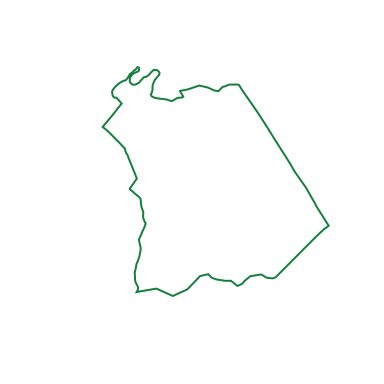 Al-Suwaira, Wasit, Iraq, rotated 40°
{"feature_id": "34846034B1283467893722", "entity_name": "Al-Suwaira", "entity_type": "district", "adm_level": 2, "iso_a3": "IRQ", "parent_name": "Iraq", "parent_adm1": "Wasit", "projection": "robinson", "projection_center": [44.846, 32.842], "detail": "fine", "context": "isolated", "style": "outline", "palette": "green", "viewbox_px": 384, "rotation_deg": 40, "n_neighbors": 0, "source": "geoboundaries", "source_scale": "gbopen_adm2", "svg_char_len": 2560}
<svg xmlns="http://www.w3.org/2000/svg" viewBox="0 0 384 384"><g transform="rotate(40 192 192)"><path d="M213.9,304.2L226.7,289.0L229.7,288.1L239.9,285.2L244.1,284.0L251.0,269.7L252.3,251.1L257.3,244.5L262.2,245.0L266.7,243.4L274.4,238.8L278.9,235.0L287.3,234.7L289.5,230.0L289.4,226.3L290.8,219.0L298.0,210.7L304.2,209.7L306.0,208.6L309.3,206.3L310.9,203.6L315.6,147.9L316.9,136.4L318.4,130.0L297.4,123.3L297.1,123.2L292.4,121.2L288.6,119.9L276.5,115.4L257.3,110.3L249.9,107.5L242.4,105.1L220.8,98.3L210.4,94.8L190.2,88.6L177.1,85.0L165.1,81.8L159.3,79.8L159.0,80.0L157.3,80.7L154.9,82.9L151.9,85.4L151.0,86.5L149.8,89.3L148.0,91.6L147.7,94.0L147.4,97.9L145.6,98.8L144.2,99.7L144.1,99.8L139.8,101.0L137.3,101.7L133.8,103.4L129.2,105.7L127.2,109.0L124.8,112.9L122.6,116.4L120.1,119.5L119.0,120.8L117.9,122.2L118.6,122.6L119.2,123.0L120.9,123.5L122.3,123.9L124.0,124.5L124.0,125.5L122.3,127.3L121.9,127.7L120.2,129.7L119.6,131.5L119.2,132.6L118.3,134.9L117.0,136.0L116.1,136.3L113.3,137.3L110.7,139.0L106.9,141.5L104.7,142.8L102.4,144.0L100.8,144.4L99.6,144.6L98.3,144.0L97.6,143.7L97.5,142.1L96.3,139.4L94.8,137.6L93.4,135.8L92.1,132.4L91.5,129.9L91.5,123.4L91.3,123.1L90.5,121.5L88.5,121.0L87.5,121.1L86.7,121.2L84.2,123.0L83.8,126.3L83.7,128.9L83.7,130.5L82.6,133.7L81.3,135.2L81.3,137.2L81.1,139.5L81.1,142.9L80.4,144.3L79.7,145.9L78.5,147.3L76.7,148.1L74.8,148.0L74.1,147.9L72.5,146.5L71.3,144.8L70.8,142.7L70.7,139.7L71.8,136.9L72.8,135.2L73.0,135.0L73.3,132.8L72.5,131.9L71.2,130.9L69.9,131.4L70.0,132.7L70.1,134.6L70.0,135.0L69.9,135.2L69.5,135.6L69.5,136.3L69.5,136.8L69.5,137.9L68.7,141.6L69.4,146.0L69.5,148.7L67.6,151.8L66.2,155.7L65.6,160.4L65.6,163.9L66.3,166.7L69.6,169.4L71.9,169.6L72.1,169.4L73.5,168.3L76.3,168.7L81.2,169.4L81.3,171.8L81.7,184.8L81.7,199.6L82.1,199.6L84.3,199.5L85.7,199.5L88.7,199.5L96.8,200.2L100.5,200.6L104.9,200.9L110.1,201.7L112.3,201.7L114.0,202.9L116.5,204.5L118.6,205.0L122.4,207.2L129.4,210.9L135.7,214.2L141.1,217.2L141.3,218.1L141.3,219.5L141.7,222.9L141.9,227.0L142.2,229.5L142.8,229.7L145.9,229.7L148.2,229.9L151.6,229.9L154.9,229.9L156.6,230.1L158.5,231.8L162.1,235.2L164.2,236.8L167.2,238.3L168.4,239.7L169.9,241.7L171.1,243.1L173.5,244.5L177.0,246.1L177.3,247.4L177.6,248.2L178.2,249.5L179.4,254.3L181.0,259.2L181.9,262.7L183.1,263.6L184.0,264.3L186.4,266.1L188.7,267.9L189.9,269.5L191.4,272.0L193.2,275.4L194.6,279.0L195.9,283.1L197.7,286.1L198.9,288.5L200.1,290.8L203.0,293.8L204.9,296.0L207.0,297.6L209.7,298.5L212.3,299.9L213.5,302.2L213.9,304.2Z" fill="none" stroke="#15803d" stroke-width="2"/></g></svg>